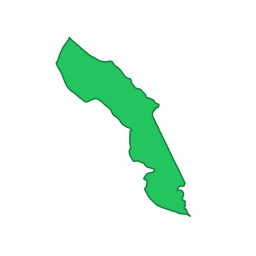 the district of Nam Can, Cà Mau, Vietnam, rotated 65°
{"feature_id": "81297802B77939005638096", "entity_name": "Nam Can", "entity_type": "district", "adm_level": 2, "iso_a3": "VNM", "parent_name": "Vietnam", "parent_adm1": "Cà Mau", "projection": "mercator", "projection_center": [105.085, 8.782], "detail": "fine", "context": "isolated", "style": "filled", "palette": "green", "viewbox_px": 256, "rotation_deg": 65, "n_neighbors": 0, "source": "geoboundaries", "source_scale": "gbopen_adm2", "svg_char_len": 4593}
<svg xmlns="http://www.w3.org/2000/svg" viewBox="0 0 256 256"><g transform="rotate(65 128 128)"><path d="M105.6,98.1L105.0,98.1L104.0,98.4L102.2,99.1L101.7,99.4L99.9,99.8L98.8,100.0L98.4,100.3L98.1,100.6L97.7,101.0L97.3,101.5L96.4,102.7L95.6,103.6L95.0,104.1L94.4,104.5L93.8,104.7L92.5,104.9L90.3,105.4L88.5,105.6L87.6,105.7L87.1,105.5L86.6,105.4L85.7,105.0L85.1,105.0L84.6,105.1L84.2,105.3L84.0,105.5L83.8,105.6L83.4,106.5L82.9,107.2L82.3,107.7L81.6,108.2L80.5,108.6L79.6,109.0L78.1,109.3L75.9,109.7L74.5,109.9L73.2,110.2L71.4,110.7L69.9,111.3L68.7,111.8L67.6,112.4L66.1,113.4L65.3,113.7L64.3,113.9L63.2,114.0L62.1,114.2L61.1,114.6L60.5,115.1L60.3,115.3L60.0,115.6L59.8,116.1L59.6,116.6L59.4,117.5L59.1,118.8L58.9,119.5L58.5,120.7L58.0,121.6L57.3,122.7L56.4,123.8L55.3,125.1L54.4,125.8L53.8,126.3L45.9,132.0L35.7,136.8L25.5,141.4L21.3,143.0L23.0,144.8L25.9,150.1L26.4,150.9L27.0,152.0L28.2,153.7L29.6,155.4L30.4,156.4L31.6,157.8L34.7,160.8L35.8,161.8L36.3,162.2L36.8,162.8L37.4,163.5L38.1,164.5L38.7,165.4L39.1,165.6L39.5,165.7L40.7,165.8L43.4,165.7L46.0,165.5L47.5,165.4L49.2,165.1L51.4,165.1L53.7,165.3L56.1,165.5L58.4,165.6L61.2,165.7L63.3,165.7L64.9,165.5L66.8,165.1L68.1,164.7L69.5,164.2L70.5,163.7L71.6,163.2L72.8,162.3L74.7,161.3L80.4,158.8L82.0,157.9L85.0,156.4L85.9,155.9L86.4,155.5L86.7,154.7L87.0,153.9L87.0,153.2L87.0,152.4L86.9,149.4L87.2,147.0L87.3,145.9L87.8,144.9L88.2,144.1L88.6,143.7L89.0,143.3L90.2,142.5L91.5,141.6L92.5,141.0L95.2,139.9L97.0,139.2L98.2,138.7L99.6,137.9L100.9,137.2L101.9,136.7L103.3,136.3L104.5,136.0L106.2,136.0L108.7,135.9L110.2,135.6L111.1,135.2L112.0,134.7L113.8,133.6L114.8,133.1L115.5,132.9L117.0,132.4L118.5,132.1L120.2,132.0L121.4,131.7L122.3,131.4L123.0,131.1L124.3,130.1L125.5,129.4L126.4,128.8L128.2,127.0L129.0,126.3L129.5,126.0L129.9,125.9L130.9,126.0L131.3,126.0L131.6,125.8L131.5,126.6L131.7,127.3L132.2,127.7L133.6,128.3L135.6,129.4L140.8,132.0L143.2,132.9L146.4,133.7L147.2,134.1L147.9,135.1L149.1,136.4L150.1,137.0L151.8,137.4L153.5,137.8L156.0,137.6L158.2,137.5L159.7,137.3L160.6,136.8L161.0,135.6L161.5,134.0L162.3,132.7L164.9,130.2L166.4,128.8L167.3,128.4L169.6,128.0L171.1,127.3L172.2,126.3L174.8,123.2L175.5,122.3L176.1,121.9L177.0,121.9L178.0,122.2L178.4,123.5L178.5,124.8L177.6,128.5L177.6,129.9L178.0,131.1L180.0,134.7L180.8,135.1L181.5,134.8L182.7,133.8L183.5,133.3L184.1,133.2L184.8,133.4L186.6,134.4L188.5,135.9L190.5,138.8L193.2,138.6L196.3,138.5L198.8,138.3L201.9,137.5L208.8,134.9L210.5,134.0L211.8,133.0L213.6,131.4L221.9,122.8L223.4,121.0L224.2,120.0L224.7,119.4L225.1,119.3L225.7,119.1L226.0,118.8L226.7,118.0L227.7,116.7L228.2,115.9L229.9,113.0L230.8,111.6L231.6,110.7L234.7,108.5L234.2,108.7L232.7,109.4L230.9,109.9L230.0,110.0L229.0,110.0L228.3,109.9L226.9,109.8L226.4,109.8L226.0,109.9L225.3,110.3L225.0,110.5L224.6,110.7L224.4,110.7L224.2,110.6L223.8,110.4L223.5,110.0L222.9,109.3L222.6,109.0L222.3,108.8L221.7,108.6L220.6,108.5L220.2,108.3L219.8,108.0L219.5,107.7L219.1,107.3L218.9,107.2L218.6,107.2L218.3,107.3L217.5,108.2L216.7,108.7L216.3,108.9L215.9,108.8L215.5,108.6L214.2,107.9L213.5,107.6L213.2,107.4L213.0,107.1L212.9,106.6L212.7,106.3L212.1,105.9L211.4,105.6L210.7,105.4L209.4,105.3L208.7,105.4L208.0,105.6L207.3,106.1L206.8,106.6L206.3,107.3L205.8,108.4L205.4,109.6L204.7,109.1L204.2,108.8L203.6,108.1L203.0,107.1L202.8,106.5L202.7,106.3L202.6,106.1L202.6,105.8L202.7,105.3L203.4,103.7L203.8,102.9L204.0,102.5L204.0,102.1L203.9,101.7L203.7,101.3L203.5,101.0L203.3,100.8L202.7,100.5L202.3,100.2L202.2,99.9L202.0,99.6L201.8,99.6L199.6,99.7L195.2,99.7L190.4,99.8L188.0,99.8L183.5,99.9L178.1,100.1L175.7,100.1L173.1,100.2L168.9,100.2L164.7,100.3L163.9,100.3L163.6,100.3L163.6,100.2L153.4,100.4L152.0,100.4L151.0,100.4L150.2,100.6L149.3,100.6L148.1,100.5L147.0,100.5L145.8,100.4L145.6,100.6L145.0,100.6L144.8,100.6L144.0,100.6L141.7,100.5L139.4,100.5L138.1,100.6L136.6,100.7L135.3,100.7L134.2,100.7L132.3,100.6L130.3,100.6L128.2,100.7L127.6,100.7L127.2,100.7L126.9,100.7L126.6,100.6L126.2,100.3L125.8,99.9L125.4,99.5L124.5,99.1L123.8,98.7L123.7,98.5L123.6,98.1L123.5,97.4L123.4,97.1L123.1,96.9L122.5,96.8L122.3,96.7L122.2,96.5L122.1,96.2L122.5,95.5L122.5,95.3L122.5,95.1L122.4,95.0L121.7,94.7L121.2,94.4L121.1,93.9L121.1,93.6L121.4,93.4L122.0,93.1L122.1,92.6L122.0,92.1L121.7,91.4L120.8,90.6L120.4,90.2L119.9,90.3L119.3,90.5L119.0,90.7L118.5,91.2L117.6,92.1L116.7,92.6L116.0,92.8L115.0,92.9L114.1,92.9L113.8,93.0L113.3,93.2L112.8,93.6L111.8,94.5L110.3,95.8L109.5,96.7L108.9,97.6L108.2,98.2L107.8,98.5L107.4,98.5L107.0,98.5L106.1,98.2L105.6,98.1Z" fill="#22c55e" stroke="#15803d" stroke-width="1.5"/></g></svg>